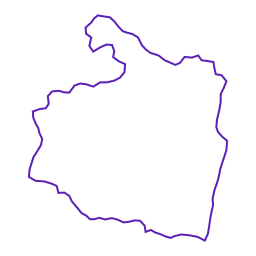 outline of Vermelho Novo, Minas Gerais, Brazil
{"feature_id": "56859067B8228398709710", "entity_name": "Vermelho Novo", "entity_type": "district", "adm_level": 2, "iso_a3": "BRA", "parent_name": "Brazil", "parent_adm1": "Minas Gerais", "projection": "robinson", "projection_center": [-42.258, -20.028], "detail": "fine", "context": "isolated", "style": "outline", "palette": "violet", "viewbox_px": 256, "rotation_deg": 0, "n_neighbors": 0, "source": "geoboundaries", "source_scale": "gbopen_adm2", "svg_char_len": 1535}
<svg xmlns="http://www.w3.org/2000/svg" viewBox="0 0 256 256"><path d="M204.8,240.6L207.9,233.9L209.4,224.6L210.3,218.2L211.7,211.0L213.1,205.1L212.6,198.6L214.5,190.1L217.5,181.4L219.2,174.9L220.2,169.3L222.0,163.5L224.2,157.0L226.4,150.0L227.1,140.8L221.9,136.4L218.0,131.9L216.3,127.1L217.0,119.7L219.2,110.4L220.7,101.9L220.7,94.0L223.6,88.4L226.4,81.2L221.7,75.3L215.8,74.2L214.5,68.6L213.4,62.0L207.3,61.0L201.6,60.3L198.2,55.5L191.8,57.6L184.6,56.9L180.0,62.9L175.3,64.9L170.2,62.6L164.8,60.3L158.6,55.5L150.5,52.9L145.9,49.6L142.0,45.3L138.0,37.4L132.3,34.0L127.2,32.7L122.8,31.2L119.0,27.3L114.2,21.3L109.8,17.3L104.4,16.5L97.8,15.4L94.1,18.4L91.1,22.7L85.6,27.5L86.1,33.8L91.2,37.4L89.4,46.0L93.2,51.6L99.8,47.6L106.3,44.6L112.0,45.0L114.2,50.9L113.2,57.2L119.0,61.4L125.1,64.1L124.5,72.2L120.1,77.6L114.8,80.4L107.4,82.3L100.0,82.4L93.4,86.6L86.5,84.4L80.4,83.5L74.5,85.5L69.4,92.6L64.0,92.3L59.0,90.8L52.2,91.4L47.8,96.2L48.7,103.8L45.8,108.3L39.9,109.0L32.8,111.5L33.3,117.7L35.7,123.6L38.2,127.9L39.6,133.6L42.3,139.0L40.9,145.1L36.8,152.0L33.5,157.0L31.8,162.4L29.6,169.3L28.9,176.9L35.5,180.8L44.1,181.4L50.9,183.4L56.7,185.9L58.4,192.9L64.4,192.6L69.4,196.0L72.0,201.6L77.2,207.6L81.4,213.0L86.1,215.5L90.0,219.2L94.6,219.2L99.1,217.8L105.2,219.5L111.6,218.1L117.2,219.5L123.6,222.4L129.5,221.7L134.4,220.4L140.0,220.7L144.7,225.7L145.6,231.9L150.8,230.0L155.2,232.5L160.2,234.1L165.7,236.5L170.4,237.9L175.3,235.9L181.5,234.5L190.1,235.4L197.9,237.0L204.8,240.6Z" fill="none" stroke="#5b21b6" stroke-width="2"/></svg>